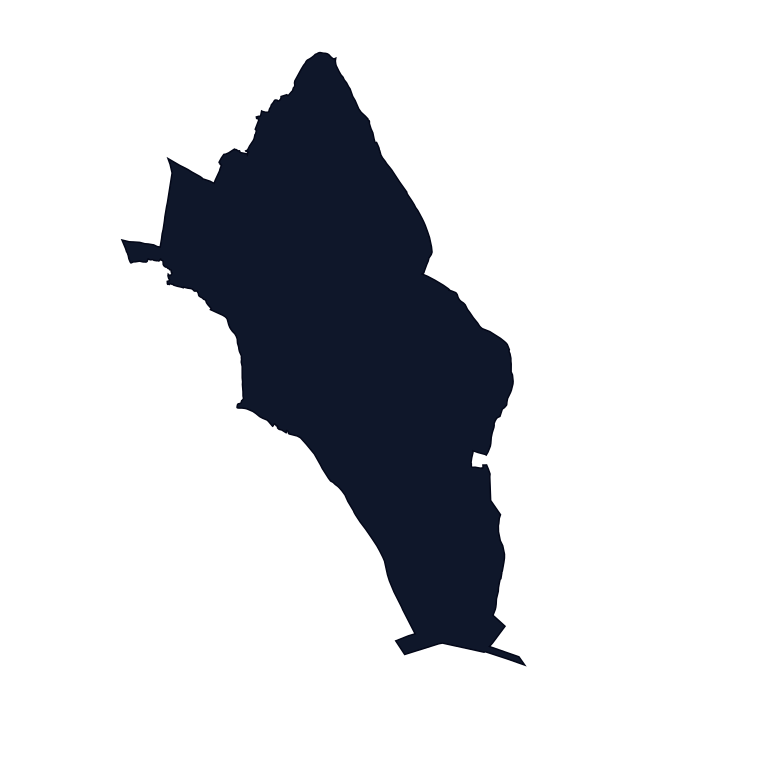 Oarta De Jos, Maramures, Romania (Robinson projection), rotated 56°
{"feature_id": "2599482B78193097020496", "entity_name": "Oarta De Jos", "entity_type": "district", "adm_level": 2, "iso_a3": "ROU", "parent_name": "Romania", "parent_adm1": "Maramures", "projection": "robinson", "projection_center": [23.086, 47.461], "detail": "fine", "context": "isolated", "style": "filled", "palette": "ink", "viewbox_px": 768, "rotation_deg": 56, "n_neighbors": 0, "source": "geoboundaries", "source_scale": "gbopen_adm2", "svg_char_len": 6067}
<svg xmlns="http://www.w3.org/2000/svg" viewBox="0 0 768 768"><g transform="rotate(56 384 384)"><path d="M364.9,494.5L369.7,492.4L369.8,491.9L368.2,491.2L368.2,490.6L368.6,490.3L369.8,490.0L370.8,490.2L371.6,490.7L372.3,490.6L378.6,485.0L381.9,483.3L390.4,482.1L403.0,480.9L415.6,481.9L419.6,482.4L431.2,482.7L434.6,482.5L437.1,481.2L440.0,480.6L443.1,479.5L445.0,479.1L448.9,478.6L454.2,478.4L461.2,479.6L472.0,480.2L473.9,480.6L476.8,480.8L485.2,480.9L494.2,480.4L505.0,480.3L514.1,480.4L520.0,480.9L527.0,481.8L531.1,482.6L544.2,487.8L550.2,489.6L562.0,492.0L578.6,494.1L581.8,494.7L608.5,497.9L606.4,504.7L603.5,517.9L619.8,518.1L630.0,483.8L631.5,480.4L661.7,451.6L662.3,451.0L662.6,449.9L663.0,449.4L680.5,435.8L695.7,424.5L685.6,424.7L660.6,443.4L659.4,438.8L652.5,419.1L636.7,423.0L633.1,417.8L631.5,416.1L629.2,414.1L625.0,410.9L619.8,405.2L616.8,402.9L613.3,399.5L610.9,397.0L610.8,396.0L606.9,392.3L606.6,392.4L606.5,392.2L605.1,390.4L600.4,385.8L600.1,385.7L599.5,384.9L595.7,381.5L592.5,379.3L584.5,376.0L578.9,375.2L570.5,371.7L565.4,368.4L563.7,366.7L559.8,363.5L557.5,360.5L540.2,360.7L520.1,348.2L517.9,346.4L513.0,345.1L508.5,344.2L506.5,347.3L508.5,348.5L508.9,349.1L508.8,349.8L508.4,349.7L507.7,351.1L503.9,355.0L502.5,357.3L502.1,357.6L501.2,357.7L499.0,356.2L497.7,355.7L494.2,352.5L490.8,348.8L489.2,347.5L493.2,344.5L499.1,339.4L500.1,339.0L498.5,335.7L495.0,330.6L492.9,328.6L488.2,324.9L484.9,321.5L481.4,317.1L479.7,315.6L478.5,315.0L477.9,314.2L476.8,312.6L475.5,310.0L475.3,308.5L475.7,306.0L471.0,300.0L470.9,297.3L470.1,294.4L469.8,293.9L467.6,292.1L465.1,289.6L461.8,283.9L460.4,281.9L456.0,277.0L453.9,275.4L448.3,272.4L445.0,271.8L438.6,267.4L436.0,266.0L433.6,264.4L429.3,262.6L427.1,262.2L426.0,261.4L425.7,260.9L420.2,259.7L418.1,259.9L416.1,260.4L411.3,261.9L399.7,267.0L393.9,271.0L392.7,271.7L390.8,272.2L389.4,272.4L385.8,272.3L379.0,272.9L372.9,272.9L368.8,273.1L363.7,272.4L361.4,272.8L358.4,274.0L356.3,274.4L353.7,274.2L350.8,273.3L349.0,273.3L348.3,273.5L345.6,275.3L342.6,277.5L342.5,277.1L341.0,277.4L335.2,279.6L326.5,283.7L319.2,287.6L314.1,290.9L314.1,288.8L313.0,287.5L308.8,281.7L306.8,278.6L304.7,276.3L303.1,272.4L301.5,270.4L296.8,267.9L288.1,264.4L282.8,262.9L275.6,261.1L271.8,260.4L268.2,259.9L259.3,259.0L255.3,259.1L252.4,258.7L248.2,258.5L240.8,258.5L238.3,258.3L237.8,258.2L237.7,257.8L225.1,258.1L210.7,257.9L202.5,258.6L200.2,258.5L195.7,258.8L192.4,258.5L188.3,257.1L186.8,256.8L185.7,256.2L183.2,255.7L179.6,255.1L179.5,255.8L179.1,256.3L178.0,256.1L175.3,255.2L169.5,252.8L165.0,252.0L160.0,250.5L158.2,249.3L157.5,249.1L155.8,249.5L155.5,249.5L155.2,249.1L151.5,249.7L146.0,251.0L141.9,251.1L132.8,249.4L128.0,249.1L120.4,247.1L117.8,247.1L113.3,246.6L109.5,246.9L106.8,246.4L103.5,246.8L99.7,246.5L93.2,245.6L91.4,244.9L89.0,243.7L86.9,241.8L86.7,243.3L86.0,244.3L83.3,245.1L80.1,245.6L78.6,246.3L77.3,247.4L75.8,249.3L73.4,251.7L72.8,253.3L72.7,255.1L72.3,256.6L72.7,258.6L72.9,261.3L72.9,263.7L72.6,266.4L73.0,268.1L74.1,270.1L74.8,272.4L76.6,276.3L82.9,288.5L84.4,289.9L86.5,290.9L87.7,292.5L87.8,293.5L89.8,295.9L89.9,296.8L91.2,301.6L91.3,302.4L89.8,302.8L88.1,308.6L89.2,309.4L89.8,310.2L90.1,310.9L90.4,311.9L90.3,313.7L89.1,313.8L88.6,314.2L87.7,315.4L87.7,315.9L87.8,316.5L88.7,318.3L89.2,320.1L89.7,321.1L89.7,321.6L90.6,322.3L92.0,325.2L94.1,327.6L92.6,330.1L90.1,332.3L89.2,332.8L92.0,335.6L92.9,337.0L92.0,338.1L91.2,340.5L92.6,341.1L93.0,340.1L95.3,340.4L100.8,348.3L102.6,348.1L104.9,350.7L105.1,351.5L107.8,354.3L109.0,356.2L111.5,362.3L113.4,365.7L113.7,366.8L113.4,368.3L113.8,368.3L116.0,366.7L116.1,367.6L117.5,368.9L117.6,369.1L117.0,368.8L116.2,369.3L112.1,373.4L111.3,373.7L109.9,373.4L109.2,374.5L107.0,375.5L106.6,375.8L106.4,376.6L105.6,376.7L105.5,383.5L104.9,386.7L104.1,388.4L105.7,392.5L107.9,396.7L108.3,396.9L109.8,396.5L110.3,397.0L111.8,396.5L114.1,399.8L115.4,401.2L120.5,409.7L122.6,412.7L118.5,414.9L112.3,419.7L111.5,419.6L109.1,420.5L100.7,424.8L96.4,426.7L88.5,431.1L76.3,437.0L82.3,438.5L90.6,441.7L112.7,462.3L115.3,465.0L122.8,472.1L126.1,474.9L132.3,480.6L135.5,484.0L139.1,487.1L145.3,493.0L143.2,495.2L139.9,497.1L136.2,501.0L133.9,503.9L130.0,507.3L126.5,511.8L123.6,515.7L118.1,520.7L127.2,522.5L130.5,523.5L131.4,523.4L134.7,524.3L137.5,525.5L140.9,526.2L142.1,526.1L142.3,525.5L142.6,523.6L143.8,521.6L145.5,517.9L148.0,515.6L149.9,513.0L149.9,511.8L148.7,510.2L148.5,509.6L150.4,508.3L151.6,506.1L152.8,505.6L154.7,503.6L154.8,503.1L155.9,502.2L156.2,501.2L155.4,499.5L155.6,499.2L156.6,499.4L158.1,498.6L158.6,498.5L161.4,500.2L162.8,500.4L164.8,499.8L165.6,498.8L167.3,498.5L168.2,497.8L169.6,497.7L170.3,496.9L170.9,496.9L172.1,497.8L173.5,497.6L173.8,497.9L174.1,499.0L174.6,500.0L174.6,500.7L174.4,501.0L172.3,501.5L173.5,502.6L176.1,503.5L177.7,503.5L178.2,504.1L178.2,504.8L177.7,506.3L179.7,507.5L180.4,507.6L180.7,507.3L180.8,506.5L181.5,506.2L181.3,505.3L181.5,504.9L182.9,503.9L183.7,503.0L184.0,503.2L184.4,503.1L187.4,500.7L190.3,497.9L191.6,496.9L192.0,496.5L191.6,496.0L191.9,495.7L194.8,493.1L197.2,490.4L198.5,489.7L200.8,489.3L201.3,488.8L202.2,487.2L203.3,487.1L204.8,487.2L206.8,488.0L207.6,488.1L209.0,487.6L210.8,486.6L212.9,486.1L214.1,485.3L214.8,485.0L217.3,485.7L219.7,485.7L224.2,485.1L225.0,485.3L225.3,486.3L236.7,479.3L239.3,478.1L241.0,477.7L242.6,477.7L248.1,479.6L250.9,480.2L252.7,480.3L255.6,480.2L258.9,479.6L261.8,479.8L264.6,480.5L268.2,482.6L272.0,483.8L274.2,484.9L276.4,485.7L281.0,486.5L282.8,487.8L283.6,488.1L286.0,490.1L290.2,491.8L299.6,498.1L303.1,500.0L305.3,501.7L311.5,505.2L315.1,507.6L317.5,508.6L318.2,510.4L318.2,511.3L318.7,512.0L319.5,512.6L319.7,513.1L319.5,514.7L319.0,515.7L319.0,516.7L320.3,518.2L321.4,519.0L321.9,518.8L322.8,517.8L324.6,515.1L326.7,512.7L328.2,511.4L333.5,508.0L336.8,506.7L341.5,505.3L344.4,503.8L348.3,501.2L350.2,500.7L356.7,500.0L356.7,499.3L355.8,497.6L355.7,497.2L355.9,496.9L357.0,496.7L358.7,496.6L359.2,495.8L359.6,495.7L360.0,496.0L360.3,496.5L360.9,496.8L362.5,496.5L363.1,496.2L364.9,494.5Z" fill="#0f172a" stroke="#020617" stroke-width="1.5"/></g></svg>